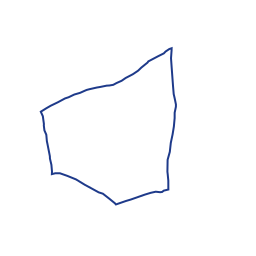 the district of Wlogba, Grand Kru, Liberia, rotated 46°
{"feature_id": "62588387B63880548555579", "entity_name": "Wlogba", "entity_type": "district", "adm_level": 2, "iso_a3": "LBR", "parent_name": "Liberia", "parent_adm1": "Grand Kru", "projection": "robinson", "projection_center": [-8.18, 5.084], "detail": "fine", "context": "isolated", "style": "outline", "palette": "blue", "viewbox_px": 256, "rotation_deg": 46, "n_neighbors": 0, "source": "geoboundaries", "source_scale": "gbopen_adm2", "svg_char_len": 1165}
<svg xmlns="http://www.w3.org/2000/svg" viewBox="0 0 256 256"><g transform="rotate(46 128 128)"><path d="M108.3,214.8L109.5,212.7L110.0,211.8L113.3,208.4L120.1,205.0L121.2,204.5L128.9,201.1L138.9,198.5L145.5,196.4L153.9,193.8L157.8,191.7L165.6,190.6L173.1,189.7L174.6,189.8L179.1,180.1L181.4,175.7L187.6,162.2L190.4,156.7L193.1,152.3L196.5,149.5L197.7,147.9L197.9,145.8L200.3,141.7L198.8,140.3L193.9,135.6L188.9,131.6L186.8,130.0L178.4,121.6L174.2,114.5L168.4,107.5L163.6,100.4L158.9,94.1L153.3,87.6L149.4,83.8L146.0,78.8L144.4,77.2L140.8,74.9L138.9,73.7L135.4,71.6L131.1,68.1L128.9,66.3L114.5,54.3L107.7,48.6L102.4,42.7L100.9,41.2L99.9,43.4L99.1,47.8L99.2,50.4L97.2,56.8L94.2,67.1L94.5,68.5L94.2,71.9L93.8,76.5L93.8,80.9L92.7,87.1L91.8,90.2L90.4,94.9L89.6,99.8L87.7,105.0L86.7,108.6L84.4,112.0L82.8,113.8L78.9,119.9L77.3,122.2L73.3,128.8L71.9,131.3L71.1,133.4L69.4,138.1L68.4,140.0L66.6,143.4L64.6,149.4L63.0,152.7L60.8,160.5L58.3,168.1L57.1,172.9L55.7,179.4L60.4,181.1L66.7,185.7L67.7,186.8L71.7,189.8L76.0,191.4L76.9,192.1L81.1,195.5L83.8,197.2L94.0,203.8L95.8,205.4L101.3,208.7L106.5,212.9L108.3,214.8Z" fill="none" stroke="#1e3a8a" stroke-width="2"/></g></svg>